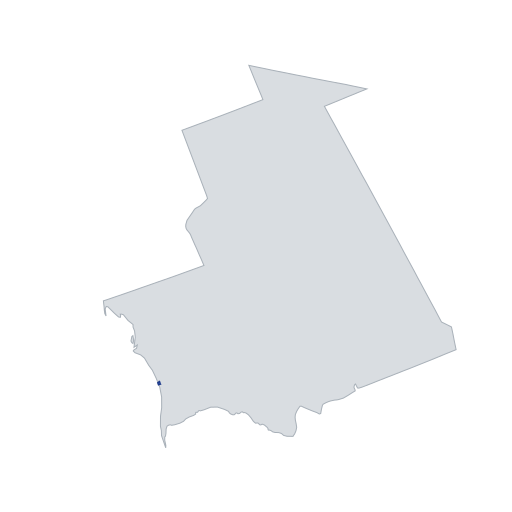 location of El Mina, Nouakchott, Mauritania, rotated 341°
{"feature_id": "47542326B34919448738513", "entity_name": "El Mina", "entity_type": "district", "adm_level": 2, "iso_a3": "MRT", "parent_name": "Mauritania", "parent_adm1": "Nouakchott", "projection": "orthographic", "projection_center": [-15.982, 18.027], "detail": "fine", "context": "in_parent", "style": "filled", "palette": "blue", "viewbox_px": 512, "rotation_deg": 341, "n_neighbors": 0, "source": "geoboundaries", "source_scale": "gbopen_adm2", "svg_char_len": 3564}
<svg xmlns="http://www.w3.org/2000/svg" viewBox="0 0 512 512"><g transform="rotate(341 256 256)"><path d="M227.4,436.8L226.7,436.6L223.7,434.6L222.3,432.1L219.9,430.3L216.6,429.1L214.5,427.7L213.5,426.2L212.3,425.1L211.0,424.6L210.9,424.0L211.2,423.2L210.8,421.7L208.9,418.5L207.1,417.0L205.6,417.3L204.7,416.9L204.2,416.2L204.0,415.1L202.9,414.3L201.1,413.9L199.7,411.5L198.5,407.1L197.1,403.6L195.3,401.1L194.0,400.2L193.1,400.1L192.8,399.7L192.6,399.0L191.2,398.7L189.3,399.5L187.6,399.3L186.8,398.1L185.6,398.0L184.1,399.0L182.5,398.7L180.7,397.2L179.7,395.6L179.5,394.0L176.4,390.9L170.4,386.3L163.9,384.2L156.8,384.5L152.9,384.3L152.0,383.6L151.2,383.7L150.3,384.5L149.4,384.7L148.4,384.2L147.8,384.6L147.5,385.8L145.1,386.4L140.3,386.5L136.5,387.2L133.7,388.7L129.6,389.3L124.2,389.1L121.1,388.6L120.0,387.7L118.4,387.5L116.5,387.9L114.7,390.3L113.1,394.4L111.8,396.8L110.8,397.4L109.7,400.5L109.1,405.7L108.2,408.0L108.2,395.0L109.7,390.2L110.2,385.9L113.5,376.5L117.4,368.8L120.9,358.5L122.3,348.6L121.8,338.9L120.8,330.2L119.0,324.5L117.3,316.2L114.7,311.9L110.1,308.1L109.0,305.8L110.1,305.0L113.0,304.4L114.8,301.5L110.9,302.6L115.4,293.5L116.8,287.3L116.6,283.2L117.4,280.7L114.0,275.3L111.5,268.4L110.1,267.3L108.7,266.8L108.6,268.4L107.8,269.8L106.2,268.9L103.4,263.9L99.4,255.8L98.0,255.0L96.8,256.1L96.1,257.1L94.7,263.9L94.3,261.2L94.9,258.0L95.9,254.2L97.1,248.7L100.5,248.8L106.7,248.8L119.1,248.8L125.3,248.8L137.7,248.7L143.9,248.7L156.3,248.6L162.5,248.6L174.9,248.5L181.1,248.4L193.4,248.2L199.6,248.1L203.7,248.0L203.4,244.2L203.2,241.2L202.8,237.1L202.5,233.0L202.2,228.9L201.8,225.1L201.5,221.3L201.2,217.7L201.0,214.4L200.6,212.6L199.2,208.9L198.9,207.0L199.2,205.1L200.0,203.2L202.4,199.8L205.9,197.2L210.0,194.2L213.1,191.8L214.8,191.2L219.7,190.4L223.6,188.6L227.3,186.8L228.9,185.8L229.0,182.7L226.9,113.0L245.4,112.6L250.2,112.5L284.1,111.5L288.9,111.3L313.4,110.4L313.3,107.1L313.0,102.4L312.6,96.0L312.2,89.5L311.6,78.2L311.3,73.4L316.3,76.4L326.3,82.3L331.3,85.3L341.4,91.2L351.5,97.1L361.6,102.9L366.6,105.9L371.7,108.8L376.8,111.7L381.8,114.6L392.0,120.4L396.3,122.8L402.9,126.8L409.0,130.4L415.2,134.1L406.1,134.6L394.0,135.3L385.8,135.8L377.3,136.3L369.4,136.7L370.5,143.2L371.7,150.3L373.0,157.4L374.2,164.6L375.4,171.7L379.1,193.1L380.3,200.2L381.5,207.3L382.7,214.5L384.0,221.6L386.4,235.9L387.6,243.1L388.8,250.2L390.0,257.4L391.2,264.5L392.4,271.7L394.8,286.0L396.0,293.2L397.1,300.3L398.3,307.5L399.5,314.6L400.7,321.8L401.8,329.0L403.0,336.1L405.3,350.4L406.5,357.6L407.7,364.7L408.8,371.9L409.9,378.8L413.4,382.3L417.7,386.7L416.9,393.3L415.8,401.1L414.7,409.7L403.2,410.3L392.0,411.0L363.9,412.4L358.2,412.6L330.0,413.8L324.3,414.1L313.4,414.5L310.2,414.4L309.0,413.8L308.4,409.4L307.5,409.7L306.4,411.0L305.8,412.5L306.1,414.3L305.9,415.8L302.3,416.6L297.4,417.8L292.3,418.8L287.0,418.6L285.2,418.3L283.3,417.8L279.1,417.3L276.9,417.3L274.3,417.5L271.2,418.0L270.2,418.8L268.0,422.2L265.9,426.0L264.4,426.0L262.7,424.0L258.1,420.2L252.5,415.2L249.9,412.7L248.6,412.4L246.0,414.3L243.9,416.1L241.6,418.7L240.5,421.1L239.8,423.9L239.4,427.3L238.7,431.2L236.8,434.4L234.6,436.8L232.9,438.0L232.3,438.6L227.4,436.8ZM112.9,295.8L111.2,298.7L110.4,297.6L110.1,295.7L111.6,293.1L112.4,291.7L113.7,291.2L112.9,295.8Z" fill="#d9dde1" stroke="#a8b0b8" stroke-width="1"/><path d="M123.9,343.4L123.8,343.2L123.7,343.1L123.4,343.3L122.8,343.7L122.4,343.8L121.9,343.9L121.9,346.0L123.9,346.0L123.7,345.2L123.9,344.4L123.9,344.2L123.8,343.9L123.8,343.7L123.9,343.4Z" fill="#3b82f6" stroke="#1e3a8a" stroke-width="1.5"/></g></svg>